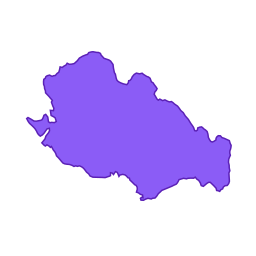 Carambeí, Paraná, Brazil (Equal Earth projection), rotated 347°
{"feature_id": "56859067B81266662145879", "entity_name": "Carambeí", "entity_type": "district", "adm_level": 2, "iso_a3": "BRA", "parent_name": "Brazil", "parent_adm1": "Paraná", "projection": "equal_earth", "projection_center": [-50.155, -24.89], "detail": "fine", "context": "isolated", "style": "filled", "palette": "violet", "viewbox_px": 256, "rotation_deg": 347, "n_neighbors": 0, "source": "geoboundaries", "source_scale": "gbopen_adm2", "svg_char_len": 3464}
<svg xmlns="http://www.w3.org/2000/svg" viewBox="0 0 256 256"><g transform="rotate(347 128 128)"><path d="M206.5,208.6L207.6,207.0L209.4,206.1L211.8,206.3L213.6,204.8L214.8,202.8L215.2,200.6L215.5,198.6L216.2,194.5L217.6,192.6L217.7,189.5L218.2,187.0L218.2,183.9L219.1,181.1L220.3,179.3L221.6,177.6L221.5,175.4L222.1,173.2L223.2,171.6L224.1,169.6L224.6,168.0L224.1,166.2L223.9,163.1L219.3,159.6L217.4,158.5L216.3,156.4L214.2,155.8L212.5,156.7L211.5,157.8L211.0,159.4L208.8,160.3L207.0,160.6L205.6,159.7L204.8,157.7L204.2,155.4L204.5,151.9L204.3,149.2L203.0,147.3L201.9,146.2L201.1,144.9L200.0,143.5L198.2,143.3L196.0,143.6L195.2,145.6L193.8,146.2L192.4,145.6L192.0,142.2L191.2,140.0L190.3,137.9L188.7,133.1L187.4,130.7L186.5,129.1L185.3,125.5L183.4,122.9L182.2,119.9L181.2,117.8L178.6,115.0L177.7,113.6L176.3,112.0L174.3,111.9L172.7,110.9L170.3,108.9L167.9,109.1L165.5,107.0L163.8,107.7L162.8,106.4L161.9,103.4L161.1,101.0L162.3,98.9L164.0,97.7L165.2,96.2L164.5,94.2L163.3,91.6L162.6,89.6L161.2,88.3L160.7,84.5L159.4,82.9L157.9,82.0L155.2,79.3L154.1,77.8L151.4,77.8L148.5,76.4L146.1,77.2L143.7,79.0L142.4,80.8L140.7,82.1L139.3,82.1L138.4,84.1L136.6,85.5L133.3,83.9L130.8,82.2L129.1,80.7L128.0,79.1L127.7,76.8L127.8,72.7L127.2,71.0L127.3,66.4L127.7,62.7L126.1,58.9L124.7,57.4L120.3,54.7L118.2,50.9L117.9,49.1L116.3,47.8L114.5,47.3L111.0,45.8L109.2,45.6L106.7,45.7L105.1,47.2L103.8,47.2L100.0,47.8L98.1,48.4L96.4,48.9L93.7,51.1L90.1,53.1L87.4,53.1L85.1,52.7L83.3,51.2L81.7,52.7L79.5,53.3L77.5,54.2L75.6,53.2L74.3,56.0L73.1,58.1L71.1,58.9L69.0,60.5L67.3,60.3L65.6,60.6L63.5,58.8L61.0,58.9L59.5,59.5L58.5,61.0L56.9,61.6L56.1,63.9L55.6,66.5L55.9,68.7L55.6,70.7L55.9,73.3L55.6,75.2L57.2,77.9L58.4,80.0L59.2,81.7L60.5,84.1L59.2,85.5L59.7,89.8L60.2,92.0L59.3,94.3L56.3,93.3L55.9,98.5L58.1,100.4L59.3,101.7L59.6,105.5L57.5,106.2L54.8,105.3L53.1,105.3L51.9,104.0L52.3,99.3L50.9,96.2L49.0,96.7L47.6,98.9L46.1,100.6L44.7,100.9L40.1,100.7L37.9,100.0L35.5,97.6L32.9,95.3L31.4,96.0L32.2,99.1L33.1,101.3L34.9,103.9L36.3,106.1L37.2,107.7L38.1,110.2L38.6,112.5L39.3,114.3L40.7,116.2L43.0,115.5L45.0,114.2L47.4,112.0L49.1,110.6L51.3,110.6L50.9,113.1L49.3,114.9L46.2,117.4L44.7,119.9L42.6,121.6L40.7,123.1L42.3,125.8L43.4,127.0L45.2,126.2L47.0,127.8L48.0,129.4L49.2,128.8L49.8,130.7L50.2,132.4L51.3,134.7L51.8,136.4L52.1,139.1L53.6,141.5L55.9,146.0L56.8,147.6L58.3,148.7L60.2,149.5L62.7,150.3L65.0,151.7L66.7,153.3L68.6,153.1L70.1,154.0L72.1,153.9L74.0,155.3L75.4,156.9L76.2,158.3L77.0,160.1L77.7,161.7L79.4,163.9L80.2,166.2L82.7,168.0L91.9,170.4L94.6,171.2L97.5,170.9L98.8,170.8L100.2,170.5L100.9,167.6L102.4,168.3L103.4,170.1L104.5,169.0L106.0,167.7L107.5,168.8L108.0,171.0L108.3,173.1L109.5,172.0L111.0,172.0L112.4,172.0L114.5,173.0L115.8,174.6L116.7,176.4L118.1,177.2L118.1,179.0L120.0,181.9L121.8,184.8L123.0,185.7L123.6,187.7L123.3,189.7L121.8,192.4L123.6,193.5L125.0,195.3L127.1,196.6L126.9,199.2L125.6,198.6L124.3,199.3L124.4,201.2L126.8,201.9L129.0,201.3L131.6,201.0L134.7,202.4L136.2,202.0L138.6,202.3L140.5,201.0L142.8,198.8L145.0,197.6L146.9,196.4L157.7,194.6L159.6,194.1L162.3,193.6L163.7,192.6L164.9,191.3L166.1,189.8L170.8,189.5L173.6,190.7L175.0,190.5L177.1,190.8L179.3,191.3L180.8,191.7L182.4,191.0L183.7,193.5L185.1,194.9L186.1,197.7L186.4,200.6L188.3,201.8L190.5,200.7L192.4,199.7L194.2,199.1L195.9,199.4L196.9,200.9L198.6,203.5L200.3,206.5L200.3,208.8L201.7,209.4L203.1,210.4L204.6,209.0L206.5,208.6Z" fill="#8b5cf6" stroke="#5b21b6" stroke-width="1.5"/></g></svg>